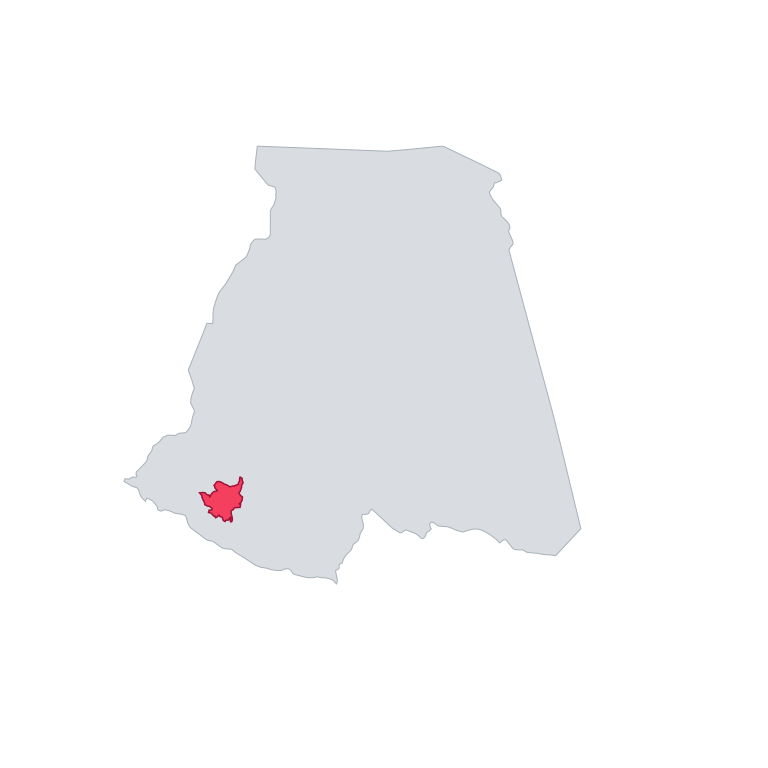 M'Sila highlighted on a map of Algeria, rotated 217°
{"feature_id": "DZA-2214", "entity_name": "M'Sila", "entity_type": "Province", "adm_level": 1, "iso_a3": "DZA", "parent_name": "Algeria", "parent_adm1": "", "projection": "orthographic", "projection_center": [4.266, 35.131], "detail": "fine", "context": "in_parent", "style": "filled", "palette": "rose", "viewbox_px": 768, "rotation_deg": 217, "n_neighbors": 0, "source": "natural_earth", "source_scale": "10m", "svg_char_len": 7313}
<svg xmlns="http://www.w3.org/2000/svg" viewBox="0 0 768 768"><g transform="rotate(217 384 384)"><path d="M533.0,149.7L533.5,151.1L533.7,152.5L531.7,153.8L530.4,154.5L529.0,158.0L526.1,160.4L525.7,161.1L525.7,161.8L527.8,162.7L528.5,163.7L528.8,165.0L528.1,169.8L527.2,178.2L527.3,180.1L528.1,182.2L529.0,183.9L529.3,185.8L529.2,190.6L530.3,193.3L531.1,195.8L529.5,199.0L528.8,201.8L528.5,205.8L528.4,208.3L527.3,210.7L525.9,212.9L524.3,214.3L522.2,215.6L519.8,217.2L518.0,221.4L513.9,225.0L513.1,226.2L512.7,229.0L513.0,232.8L513.8,235.8L516.0,240.2L518.0,245.1L518.5,247.5L519.3,248.4L521.8,249.9L526.3,252.0L527.2,252.8L529.5,256.2L531.8,262.2L532.6,266.2L540.6,272.0L548.3,277.1L548.9,277.9L553.8,296.2L555.5,302.7L561.9,326.0L559.7,327.4L557.3,329.3L559.2,332.4L563.0,337.4L565.4,341.5L566.2,343.3L568.1,348.4L569.7,353.4L570.2,355.0L570.8,358.8L570.7,369.6L572.3,383.1L574.0,389.8L572.2,396.0L570.6,401.9L570.9,404.8L572.1,409.3L573.2,412.7L574.6,414.4L574.6,420.1L574.1,422.1L570.2,425.3L565.7,428.3L564.5,430.7L564.3,433.3L565.0,435.3L578.9,453.8L579.4,455.7L579.9,461.1L582.3,467.7L584.8,470.6L585.8,472.7L587.6,474.2L589.3,475.3L590.3,475.3L596.2,473.1L606.4,475.5L616.1,477.9L616.9,478.5L622.9,488.4L628.3,497.7L521.4,571.9L509.4,582.6L481.1,608.6L478.9,609.7L440.9,617.4L421.1,621.1L420.2,621.3L419.1,621.3L418.3,621.3L416.6,620.6L414.5,619.1L413.2,618.3L412.8,617.1L413.7,615.5L414.6,614.1L415.0,613.0L415.7,612.1L416.6,611.5L416.6,610.5L415.9,608.9L415.3,606.7L415.4,602.6L415.4,600.8L413.6,599.2L410.2,597.5L407.0,596.4L405.6,596.1L402.1,595.4L397.3,594.3L395.6,593.5L392.5,589.7L391.0,588.7L383.8,587.9L381.4,587.2L379.5,586.3L377.8,585.1L376.9,583.0L376.7,581.3L376.0,580.5L368.2,576.2L366.2,574.8L365.2,573.4L365.2,571.5L365.4,569.2L365.1,567.1L364.8,566.1L231.6,462.2L224.6,456.6L209.0,443.9L139.7,386.9L143.4,352.1L143.7,350.3L144.2,349.6L146.7,348.6L150.6,346.1L152.0,345.0L153.9,343.9L160.3,340.7L161.7,339.7L168.0,335.9L169.4,335.4L172.6,335.3L174.0,334.6L176.0,333.0L178.8,331.2L180.6,330.4L181.0,330.3L182.1,330.2L187.4,331.5L189.6,332.2L192.3,332.9L193.2,332.7L194.0,332.1L195.1,330.8L195.5,329.1L195.7,327.6L195.9,326.9L196.4,326.7L197.6,326.9L199.2,327.3L202.4,327.6L203.5,327.5L207.2,327.5L212.5,327.1L220.0,325.5L223.8,323.2L226.6,320.6L229.6,316.6L232.0,313.2L236.5,311.3L240.2,310.2L242.2,309.9L247.0,308.4L255.0,303.4L261.5,303.1L262.3,302.6L263.3,301.7L263.4,300.0L262.5,298.7L261.2,298.0L260.3,297.2L259.4,297.0L259.0,296.2L259.4,294.7L259.6,293.3L260.3,291.9L260.3,289.9L259.5,287.9L259.4,286.4L259.5,285.0L260.1,283.9L261.4,283.3L263.0,283.2L265.1,283.7L268.8,283.5L278.4,280.8L279.2,279.8L279.9,277.5L280.7,275.5L281.8,274.8L282.3,274.7L290.0,273.9L291.6,273.9L305.7,275.5L317.7,276.6L318.9,276.2L318.9,274.7L318.3,271.8L318.9,270.1L320.7,268.5L322.9,266.8L322.0,264.6L320.4,263.0L318.1,261.1L316.9,260.3L314.8,258.0L313.6,255.5L313.0,250.2L311.5,247.2L310.5,243.6L312.0,237.1L310.6,233.0L310.5,231.3L310.6,229.3L311.3,225.8L311.2,220.9L309.7,215.7L310.7,214.0L311.1,213.2L311.0,212.4L309.5,210.7L308.8,209.3L309.3,208.1L310.3,206.3L310.2,205.6L307.6,203.2L303.3,199.3L302.1,197.7L301.7,195.7L306.0,196.5L308.2,196.4L313.5,194.3L317.8,191.4L321.1,190.0L324.1,186.6L326.7,184.6L330.5,182.4L341.3,177.8L342.9,177.9L346.3,179.2L349.3,178.9L351.5,177.2L353.9,173.0L357.4,170.6L361.8,168.1L367.8,165.8L371.7,163.6L377.9,161.8L393.1,160.9L401.0,160.0L406.3,160.3L411.7,156.8L414.4,155.6L426.1,155.4L431.5,152.8L452.3,152.8L454.8,153.7L457.3,155.1L461.6,158.5L463.7,159.3L466.5,158.5L472.8,155.1L480.0,153.3L483.8,151.3L485.4,148.4L488.8,147.3L490.7,149.4L498.2,151.4L502.7,150.7L504.7,150.0L503.9,146.7L508.7,147.4L512.5,148.9L516.5,151.9L519.0,152.4L523.5,150.8L533.0,149.7Z" fill="#d9dde1" stroke="#a8b0b8" stroke-width="1"/><path d="M458.8,182.4L458.9,182.6L459.0,182.8L459.3,183.0L459.8,183.3L461.3,183.9L461.4,184.1L461.6,184.6L461.9,185.0L462.5,185.3L465.8,186.1L463.4,188.3L462.7,188.7L462.2,188.9L461.4,189.4L461.0,189.5L460.7,189.4L460.3,189.2L460.0,189.1L458.7,189.1L458.2,189.2L457.8,189.3L457.6,189.4L457.5,189.7L457.4,189.8L456.9,190.0L456.6,190.0L456.3,189.8L456.2,189.8L455.8,189.3L455.6,189.1L455.4,189.0L455.2,189.0L455.0,189.4L455.5,191.0L455.6,192.0L455.6,192.9L455.6,193.6L455.3,195.0L455.2,195.5L454.8,196.0L454.2,196.8L453.4,197.5L453.0,197.9L452.9,198.2L453.0,198.4L453.0,198.6L453.4,198.8L455.0,198.9L455.6,199.0L456.1,199.2L456.6,199.4L457.1,199.7L457.2,199.9L457.4,200.1L457.7,200.5L457.8,200.6L458.1,200.7L458.4,200.8L458.6,200.7L458.7,204.6L458.7,205.1L458.4,205.6L457.8,206.3L456.9,206.9L456.3,207.2L454.2,207.8L453.8,207.8L453.4,207.7L453.2,207.7L452.6,207.9L452.2,208.0L451.7,207.9L451.3,207.9L449.5,208.6L448.5,208.8L447.6,209.0L447.2,209.1L446.3,209.0L445.9,209.0L445.5,209.0L445.1,209.3L444.7,209.7L444.0,210.7L443.6,211.2L442.0,212.9L441.7,213.4L441.4,214.1L441.1,214.6L440.3,215.6L440.1,216.0L440.1,216.4L440.3,216.7L440.4,216.9L440.6,217.2L441.1,219.5L441.3,220.0L441.9,220.8L442.2,221.6L442.5,221.9L442.8,222.2L442.9,222.5L443.0,222.8L442.9,223.0L442.6,223.2L442.3,223.2L440.7,223.3L440.4,223.1L439.7,222.2L439.4,221.9L437.5,220.6L437.1,220.1L436.9,219.6L436.9,219.2L436.9,218.7L436.9,218.3L436.8,217.8L436.7,217.4L435.6,215.8L435.3,215.0L434.3,211.7L434.3,211.1L434.3,210.7L434.3,209.9L434.3,209.6L434.2,209.4L430.7,208.5L430.4,208.5L429.7,208.7L429.3,208.7L428.9,208.5L428.7,208.1L428.6,207.7L428.5,207.4L428.5,207.1L428.3,206.9L427.9,206.6L427.6,206.3L427.4,206.0L427.3,205.6L427.2,205.3L427.2,205.0L427.3,204.5L427.3,204.2L427.2,203.9L426.9,203.3L426.8,203.0L426.8,202.9L426.8,202.7L427.1,202.2L427.3,201.9L427.5,201.7L427.6,201.2L427.4,201.1L427.2,201.2L426.4,201.5L426.1,201.6L425.8,201.1L424.8,199.0L424.7,198.8L428.7,195.4L428.9,195.2L429.0,194.9L429.0,194.5L428.8,193.5L428.7,193.1L428.8,192.8L428.9,192.6L429.1,192.4L429.3,192.1L429.4,191.8L429.5,191.4L429.6,191.0L429.6,190.5L429.4,190.1L429.2,189.8L426.7,187.4L426.1,187.0L425.8,186.8L424.3,185.5L424.0,185.1L422.8,183.0L423.1,181.9L423.3,181.7L423.5,181.6L424.0,181.8L425.0,183.2L425.2,183.7L425.4,184.2L425.6,184.5L425.9,184.8L426.3,185.1L426.5,185.0L426.6,184.6L426.6,183.8L426.6,183.4L426.5,183.0L426.2,182.4L426.2,182.0L426.3,181.7L426.8,181.3L427.6,180.9L427.8,180.3L428.1,179.9L428.2,179.7L428.3,179.4L428.2,178.8L428.2,178.5L429.9,178.3L430.5,178.4L431.0,178.8L431.3,179.0L431.5,179.1L431.8,179.2L432.0,179.4L432.2,179.7L432.5,180.0L432.9,180.2L433.4,180.2L433.8,180.1L434.6,179.6L434.9,179.4L435.2,179.4L435.5,179.5L436.3,179.9L436.6,180.0L436.9,179.9L437.0,179.7L437.1,179.3L437.0,178.9L437.1,177.9L438.0,175.8L438.3,175.9L438.4,176.1L438.5,176.3L438.5,176.5L439.1,176.6L439.4,176.7L439.5,176.6L439.7,176.4L439.8,176.3L440.1,176.2L440.8,176.1L443.6,176.7L444.3,176.8L444.8,176.7L445.3,176.5L446.1,176.0L446.5,175.8L446.9,175.8L447.0,176.0L447.2,176.7L447.3,177.1L447.4,177.4L447.6,177.7L447.7,177.9L447.8,178.1L447.7,178.2L447.4,178.2L447.0,178.3L446.9,178.3L446.7,178.9L446.6,179.1L446.4,179.4L445.8,180.0L445.7,180.2L445.8,180.5L446.2,181.0L446.5,181.1L446.8,181.2L449.0,181.2L449.5,181.2L449.9,181.1L451.6,180.3L452.2,180.1L452.5,180.1L453.4,180.0L454.1,179.9L454.5,179.8L454.9,180.1L455.4,180.8L455.6,181.0L455.9,181.2L456.1,181.2L456.4,181.3L456.6,181.4L457.1,181.9L457.6,182.2L458.0,182.3L458.8,182.4Z" fill="#f43f5e" stroke="#9f1239" stroke-width="1.5"/></g></svg>